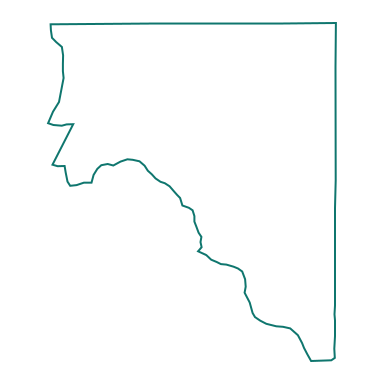 Maripá, Paraná, Brazil (Mercator projection)
{"feature_id": "56859067B39999283934615", "entity_name": "Maripá", "entity_type": "district", "adm_level": 2, "iso_a3": "BRA", "parent_name": "Brazil", "parent_adm1": "Paraná", "projection": "mercator", "projection_center": [-53.816, -24.473], "detail": "fine", "context": "isolated", "style": "outline", "palette": "teal", "viewbox_px": 384, "rotation_deg": 0, "n_neighbors": 0, "source": "geoboundaries", "source_scale": "gbopen_adm2", "svg_char_len": 1249}
<svg xmlns="http://www.w3.org/2000/svg" viewBox="0 0 384 384"><path d="M335.7,180.3L335.5,67.4L335.9,23.0L283.3,23.5L246.4,23.5L205.8,23.5L157.6,23.5L50.6,24.3L50.9,30.2L52.0,37.8L56.2,42.1L61.9,47.0L63.1,55.4L62.9,63.8L62.9,71.2L63.6,78.0L59.0,102.0L53.0,111.7L48.1,123.2L53.4,125.0L61.8,125.7L66.6,124.4L73.2,124.2L52.5,164.7L57.6,166.2L64.6,166.0L65.7,172.6L67.5,181.6L70.2,185.8L76.6,185.1L83.8,182.7L91.5,182.7L93.6,174.9L97.3,168.9L101.3,165.2L107.7,164.0L113.3,165.5L120.5,161.6L127.4,159.3L132.7,159.8L139.5,161.3L144.6,165.7L147.8,170.7L151.8,174.3L155.5,178.4L160.5,181.8L164.8,183.2L169.6,186.3L174.0,191.4L177.0,194.8L180.1,198.0L182.4,205.5L188.9,207.8L192.6,210.3L194.4,216.1L194.4,221.6L196.3,226.5L198.6,232.7L201.4,236.9L200.5,242.1L201.6,247.2L198.1,251.3L206.3,255.1L211.2,259.7L216.7,262.0L220.9,264.1L226.4,264.6L233.6,266.7L238.0,268.5L242.2,271.5L245.1,279.2L245.7,286.7L244.6,292.7L247.1,297.5L249.7,302.5L252.6,313.0L255.0,317.1L260.3,320.7L266.3,323.8L276.3,326.3L283.0,326.8L290.2,328.4L297.9,335.2L302.1,343.1L304.0,347.9L307.4,354.4L311.1,361.0L331.3,360.3L334.8,357.9L334.3,348.7L335.0,336.2L335.0,320.4L334.5,314.3L335.0,305.6L335.0,234.2L335.0,208.0L335.7,180.3Z" fill="none" stroke="#0f766e" stroke-width="2"/></svg>